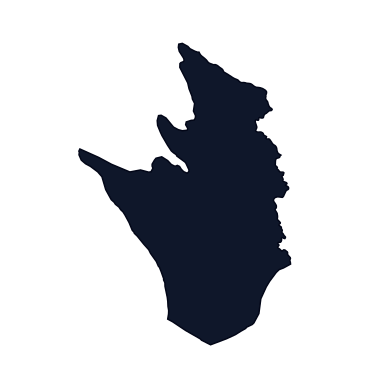 Yepocapa, Chimaltenango, Guatemala (Equal Earth projection), rotated 115°
{"feature_id": "79465075B24340573402590", "entity_name": "Yepocapa", "entity_type": "district", "adm_level": 2, "iso_a3": "GTM", "parent_name": "Guatemala", "parent_adm1": "Chimaltenango", "projection": "equal_earth", "projection_center": [-91.028, 14.45], "detail": "fine", "context": "isolated", "style": "filled", "palette": "ink", "viewbox_px": 384, "rotation_deg": 115, "n_neighbors": 0, "source": "geoboundaries", "source_scale": "gbopen_adm2", "svg_char_len": 5420}
<svg xmlns="http://www.w3.org/2000/svg" viewBox="0 0 384 384"><g transform="rotate(115 192 192)"><path d="M143.0,114.7L142.2,114.7L141.4,115.3L140.7,116.2L139.9,117.1L138.9,116.9L138.3,116.4L137.3,116.6L136.4,116.7L135.7,116.9L135.5,117.8L136.0,119.0L136.4,119.7L136.6,120.6L136.3,121.7L135.8,122.5L135.4,123.4L135.0,124.7L134.3,125.0L133.6,125.1L133.1,126.1L133.0,127.1L132.3,128.0L131.4,128.3L130.7,128.6L129.8,129.0L128.8,129.4L127.5,129.8L126.8,129.8L125.9,129.6L125.1,128.8L124.4,127.9L123.6,127.3L122.6,127.4L121.7,127.3L121.0,127.0L120.9,128.1L120.8,129.0L120.5,130.3L120.1,130.9L119.4,131.7L118.4,132.6L117.4,133.2L116.5,133.8L115.7,134.6L115.0,135.8L114.7,137.1L114.7,138.0L114.2,139.4L113.8,140.1L113.2,140.9L112.9,141.5L112.4,142.3L111.9,143.1L111.4,144.2L111.5,145.0L112.0,145.9L112.4,146.6L112.1,148.0L111.1,147.7L110.3,147.9L110.2,149.1L110.2,150.7L109.4,151.7L108.8,152.3L108.5,153.3L108.5,154.7L108.8,155.6L109.3,156.5L110.0,157.9L110.0,159.6L109.4,160.3L108.4,160.4L107.7,160.4L106.8,160.4L106.0,160.6L105.2,161.1L104.6,161.7L103.7,162.5L102.9,163.3L102.0,164.1L101.2,164.6L100.2,164.8L99.4,164.2L99.3,163.2L99.0,162.3L98.4,162.1L97.6,162.4L96.8,162.7L96.0,162.4L95.8,161.2L95.6,160.4L95.3,159.6L94.5,158.8L93.6,158.9L92.5,159.2L91.4,159.1L90.7,158.9L89.9,158.5L89.2,157.9L88.2,157.5L87.6,157.2L86.6,156.8L85.5,156.1L85.2,155.5L84.8,154.7L84.2,154.3L83.2,154.3L82.7,155.2L82.6,156.7L82.0,158.0L81.4,158.8L80.9,159.3L79.9,160.3L78.8,161.1L78.2,161.7L77.5,163.0L77.0,164.0L76.1,164.8L75.1,165.2L74.4,165.3L73.5,165.8L72.8,166.1L71.9,166.1L70.7,166.3L69.7,166.8L69.1,167.7L68.8,168.4L68.6,169.7L68.5,170.7L68.4,171.6L68.5,172.7L68.7,174.2L68.9,175.0L69.2,176.0L69.6,177.1L69.9,177.8L70.0,179.3L69.9,180.2L69.7,181.3L69.3,182.7L69.1,184.1L69.2,185.2L69.6,186.5L70.3,188.4L70.4,189.1L70.5,189.9L70.7,190.7L71.1,191.8L71.7,192.8L72.1,194.1L72.0,195.0L71.6,196.5L71.1,197.7L71.1,199.4L71.2,200.1L71.2,201.4L71.2,202.3L71.1,203.1L71.0,204.1L70.8,205.1L70.6,206.6L70.4,208.3L70.2,209.4L70.1,210.7L70.0,211.7L69.9,213.1L69.7,214.0L69.0,214.9L68.4,215.5L68.0,216.3L67.7,217.2L67.5,218.5L67.3,219.8L67.0,220.8L66.8,221.6L66.6,222.8L66.6,223.8L66.8,225.0L67.5,226.0L67.6,226.7L67.7,227.9L67.8,229.0L67.9,230.1L67.8,231.7L67.3,232.8L67.0,233.4L66.3,234.7L66.0,235.7L65.6,236.9L65.4,237.7L65.1,238.8L64.9,239.9L64.4,241.5L64.1,242.2L63.5,243.2L62.9,244.0L62.3,244.7L62.9,246.0L63.2,248.9L63.0,254.4L61.8,257.3L61.4,263.6L63.6,266.5L66.7,265.5L69.9,263.0L74.1,256.4L75.8,254.8L77.4,254.8L79.5,256.8L80.7,257.2L84.2,255.7L94.9,242.0L99.7,238.3L105.2,232.5L107.6,230.9L110.6,227.1L118.0,224.9L121.4,221.0L123.9,220.2L126.1,220.6L127.4,223.0L130.9,226.8L133.7,226.2L136.1,222.8L137.3,222.4L138.2,222.7L140.6,226.7L141.3,230.8L141.0,236.2L135.9,246.9L135.5,252.4L136.9,254.6L142.0,253.7L146.2,251.3L150.9,246.2L153.6,243.0L160.0,233.8L163.5,228.1L164.3,225.3L164.8,222.1L165.8,221.0L167.8,211.1L168.5,209.7L173.3,204.0L174.9,203.5L177.0,204.3L177.1,208.1L175.9,211.3L174.1,214.1L174.1,216.6L174.6,217.0L175.3,217.6L175.9,218.7L175.8,222.4L173.8,227.3L172.9,234.3L176.6,238.9L179.1,239.5L183.6,239.9L185.4,239.1L186.9,237.5L191.0,237.7L192.3,239.6L193.8,248.0L200.1,256.8L200.9,276.6L200.1,291.2L200.4,311.8L202.8,311.8L203.5,311.0L206.1,310.1L209.9,305.8L211.4,300.4L211.7,294.9L213.6,285.9L214.3,284.4L216.2,280.1L226.3,271.2L233.1,261.9L234.2,258.2L235.5,256.2L236.5,251.9L238.2,249.1L239.2,246.1L241.2,243.0L246.3,236.1L252.0,229.9L252.8,227.8L253.8,226.8L255.1,223.0L259.7,213.6L262.6,206.8L265.1,203.7L270.1,194.9L273.4,191.2L274.1,189.6L277.3,186.2L282.9,180.7L283.6,180.7L285.7,178.2L288.9,176.6L297.9,169.9L300.6,168.2L301.2,167.8L306.0,165.3L308.0,163.9L309.4,163.0L312.5,161.7L317.5,160.3L317.8,154.8L320.2,139.2L321.6,122.5L322.3,120.7L322.6,110.6L310.4,98.7L302.8,92.3L297.8,89.1L293.0,85.7L291.5,85.4L286.6,81.4L284.5,80.6L273.9,80.0L259.7,84.5L246.5,84.6L240.1,83.9L229.4,81.7L225.5,80.2L222.2,77.0L215.7,72.2L213.9,73.3L213.3,74.0L212.3,74.5L211.6,74.6L210.6,74.7L209.9,75.3L209.5,76.3L209.1,77.2L208.8,77.9L208.1,79.1L207.4,79.4L206.7,79.6L206.0,80.3L205.8,81.3L205.5,82.4L205.3,83.3L205.7,84.5L206.5,84.9L207.2,85.2L207.5,86.0L207.1,87.2L206.6,88.5L206.5,89.4L206.4,90.1L206.0,90.9L205.1,91.1L204.4,90.8L203.4,90.7L202.9,91.5L202.7,92.2L202.1,92.8L201.3,92.5L200.8,91.6L200.2,90.7L199.7,90.4L199.1,90.3L198.0,90.4L197.1,90.8L196.4,91.3L195.3,91.2L195.1,90.2L195.2,89.4L195.0,88.2L194.0,88.0L193.3,88.3L192.9,89.1L192.7,89.8L192.3,90.6L191.8,91.1L191.2,92.1L191.0,92.8L190.6,93.5L189.8,93.8L189.0,93.8L188.2,94.3L187.7,95.3L186.9,95.7L186.0,96.4L185.8,97.2L185.6,98.4L185.1,99.4L184.2,99.4L183.3,98.8L182.5,99.0L182.0,99.9L181.7,100.6L181.2,102.0L180.9,102.8L180.2,103.4L179.4,103.6L178.5,103.9L177.5,104.4L176.6,105.0L176.0,105.4L175.4,105.8L174.8,106.6L174.4,107.2L173.9,108.0L173.0,109.2L172.2,109.4L171.0,109.0L170.2,109.1L169.5,109.4L168.9,109.7L168.3,110.3L167.6,111.3L167.0,112.2L166.5,113.1L166.1,113.8L165.2,114.6L164.1,114.9L163.3,114.8L162.7,114.7L161.8,114.2L161.2,113.6L160.4,112.7L160.0,112.0L159.8,111.3L159.5,110.5L159.2,109.5L158.9,108.5L158.6,107.8L157.5,107.3L156.8,107.3L156.0,107.3L154.1,107.3L152.9,107.3L152.0,107.3L151.0,107.2L150.2,106.8L149.5,106.2L148.6,105.8L147.5,106.1L146.7,107.0L146.5,108.3L146.5,109.2L146.3,110.2L145.5,110.1L144.7,109.5L144.0,109.6L143.6,110.5L143.7,111.7L143.8,113.1L143.8,114.0L143.0,114.7Z" fill="#0f172a" stroke="#020617" stroke-width="1.5"/></g></svg>